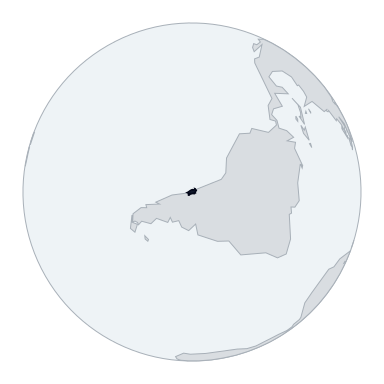 Coquimbo highlighted on a globe, orthographic projection, rotated 63°
{"feature_id": "CHL-2697", "entity_name": "Coquimbo", "entity_type": "Region", "adm_level": 1, "iso_a3": "CHL", "parent_name": "Chile", "parent_adm1": "", "projection": "orthographic", "projection_center": [-70.868, -30.645], "detail": "fine", "context": "on_globe", "style": "filled", "palette": "ink", "viewbox_px": 384, "rotation_deg": 63, "n_neighbors": 0, "source": "natural_earth", "source_scale": "10m", "svg_char_len": 4710}
<svg xmlns="http://www.w3.org/2000/svg" viewBox="0 0 384 384"><g transform="rotate(63 192 192)"><circle cx="192" cy="192" r="169" fill="#eef3f6" stroke="#a8b0b8"/><path d="M158.1,26.5L158.5,26.4L172.9,24.5L172.3,25.0L175.4,25.4L178.2,24.7L176.8,24.2L182.8,23.5L180.4,23.4L181.0,23.4L194.3,23.1L197.0,23.1L199.1,23.2L202.8,23.4L206.8,23.9L218.3,25.8L219.2,26.2L212.3,26.2L200.4,25.3L191.5,27.1L203.2,26.0L205.0,27.8L207.8,28.3L211.1,28.5L212.7,27.9L214.6,28.8L203.7,29.7L201.9,28.9L205.3,28.5L199.8,28.3L192.5,29.8L194.0,31.1L181.4,33.3L182.3,34.4L180.1,35.8L179.5,33.7L180.4,37.7L165.8,43.9L166.7,53.2L159.5,46.7L153.0,46.9L145.1,48.4L145.1,49.9L134.7,51.1L125.1,56.7L121.1,65.6L124.3,71.2L135.9,68.7L139.6,64.1L148.2,61.7L141.6,73.5L156.6,72.6L154.9,81.6L159.2,85.9L166.8,83.8L174.6,85.5L180.3,79.8L189.4,76.6L189.6,84.0L194.7,77.2L199.7,80.8L217.9,81.4L216.5,83.0L231.9,93.7L248.4,100.4L252.2,107.2L250.3,110.6L256.0,112.9L256.1,115.5L278.6,125.5L290.0,136.2L289.5,145.7L279.7,153.8L270.2,177.1L252.4,181.4L247.5,191.7L232.9,206.2L222.2,203.3L224.9,212.5L218.6,217.1L211.5,216.8L210.0,223.1L204.8,222.9L208.1,227.4L199.4,235.6L201.6,243.0L195.2,250.1L196.9,254.5L194.5,254.3L192.0,256.0L191.8,258.5L184.6,254.4L182.8,244.5L185.4,239.5L182.3,238.8L188.0,226.4L184.6,228.9L185.6,211.2L190.6,197.2L194.0,160.1L190.3,153.2L177.4,145.8L161.7,123.3L165.9,113.7L162.5,109.9L173.6,96.8L170.7,86.4L166.8,85.3L162.8,89.6L149.5,84.9L145.0,78.3L105.5,77.5L101.8,75.8L102.3,70.8L92.4,62.7L95.2,72.9L90.7,72.4L87.8,69.7L90.2,67.4L89.4,63.0L85.9,63.6L88.4,58.9L95.7,53.2L107.2,45.8L119.3,39.5L131.9,34.1L144.9,29.7L158.1,26.5ZM165.7,56.9L182.9,61.0L172.9,62.2L174.9,61.1L170.5,59.2L162.4,58.0L153.8,60.3L165.7,56.9ZM173.7,50.5L170.7,50.4L173.7,50.1L173.7,50.5ZM196.5,263.4L185.2,255.9L191.6,259.2L196.0,255.3L201.9,261.1L196.5,263.4ZM209.5,253.9L214.6,252.3L215.8,253.7L212.6,255.1L209.5,253.9ZM314.6,75.7L311.3,72.4L308.5,69.6L314.6,75.7ZM340.0,273.4L340.0,273.1L336.8,278.4L334.0,281.1L331.2,281.4L331.8,272.6L335.8,267.1L342.1,253.0L352.5,223.0L356.5,214.2L358.2,204.9L358.2,179.4L358.5,170.3L357.5,164.1L356.0,161.5L354.4,154.2L353.1,151.9L342.0,141.8L336.0,130.8L322.9,105.2L323.1,99.5L318.7,90.7L316.3,77.5L324.3,86.9L331.7,96.9L338.3,107.4L344.1,118.4L349.1,129.7L353.2,141.4L356.5,153.3L358.9,165.5L360.4,177.8L361.0,190.2L360.6,202.6L359.4,214.9L357.3,227.1L354.2,239.1L350.4,250.9L345.6,262.4L340.0,273.4ZM322.9,86.7L324.4,88.9L324.4,89.0L322.9,86.7ZM218.5,81.3L220.7,83.0L217.8,82.8L218.5,81.3ZM171.5,65.0L175.2,64.8L177.1,65.7L174.2,66.3L171.5,65.0ZM202.5,64.3L206.8,65.1L202.3,65.4L202.5,64.3ZM185.6,61.6L199.1,64.1L190.5,66.0L182.0,64.7L187.9,63.9L185.6,61.6ZM171.8,53.9L174.1,54.2L173.4,55.3L171.8,53.9ZM175.9,50.4L175.0,50.5L173.9,49.8L175.9,50.4ZM205.6,27.8L206.6,27.7L209.9,28.0L208.3,28.2L205.6,27.8ZM224.9,28.6L227.5,30.0L224.5,28.9L222.8,29.2L214.5,27.6L219.1,26.4L218.5,27.0L224.9,28.6ZM204.7,25.7L209.4,26.4L204.0,25.7L204.7,25.7ZM78.3,316.8L77.7,315.9L82.5,320.0L88.7,325.0L93.4,328.9L78.3,316.8ZM67.7,306.4L68.9,307.6L66.9,304.9L76.6,314.7L74.2,312.9L69.8,308.6L68.2,307.0L67.7,306.4Z" fill="#d9dde1" stroke="#a8b0b8" stroke-width="1"/><path d="M194.4,189.3L194.4,189.5L194.4,189.9L194.4,190.0L194.3,190.3L194.5,190.4L194.6,190.5L194.5,190.8L194.5,191.0L194.4,191.1L194.2,191.3L193.8,191.1L193.8,191.3L193.8,191.5L193.7,191.5L193.6,191.8L193.6,192.0L193.5,192.3L193.4,192.3L193.4,192.5L193.3,192.9L193.4,193.0L193.5,193.1L193.4,193.2L193.3,193.3L193.2,193.4L193.2,193.5L193.1,193.4L192.8,193.6L192.8,193.8L192.8,194.0L192.7,194.3L192.7,194.5L192.7,194.8L192.9,195.1L193.0,195.2L193.0,195.3L193.0,195.5L193.3,195.6L193.5,195.7L193.5,195.8L193.5,196.0L193.4,196.1L193.2,196.1L193.3,196.2L193.3,196.3L193.3,196.5L193.2,196.6L192.9,196.5L192.9,196.4L192.7,196.3L192.4,196.1L192.2,196.0L191.8,196.0L191.8,195.9L191.7,196.0L191.3,196.0L191.2,196.0L190.9,196.2L190.7,196.2L190.3,196.6L190.3,196.4L190.4,196.2L190.4,195.9L190.4,195.7L190.4,195.4L190.3,194.8L190.2,194.8L190.2,194.6L190.2,194.4L190.0,193.7L190.0,193.3L190.0,193.1L190.0,192.9L189.9,192.7L189.9,192.4L189.9,192.2L189.9,191.9L189.9,191.7L189.9,191.4L189.9,191.1L190.0,190.8L190.2,191.0L190.3,190.9L190.5,190.6L190.7,190.4L190.7,190.2L190.7,189.9L190.8,189.9L190.9,189.7L190.8,189.3L190.8,189.2L190.9,188.9L190.8,188.7L190.9,188.4L190.8,188.2L190.7,188.0L190.5,187.8L190.4,187.8L190.5,187.7L190.8,187.7L190.9,187.8L191.0,187.8L191.1,188.0L191.3,188.1L191.4,188.3L191.5,188.3L191.6,188.2L191.7,187.8L191.8,187.7L192.2,187.6L192.3,187.6L192.3,187.4L192.5,187.4L192.8,187.5L193.0,188.6L193.1,188.8L193.3,188.9L193.4,189.0L193.5,189.1L193.8,189.3L194.0,189.4L194.3,189.3L194.4,189.3Z" fill="#0f172a" stroke="#020617" stroke-width="1.5"/></g></svg>